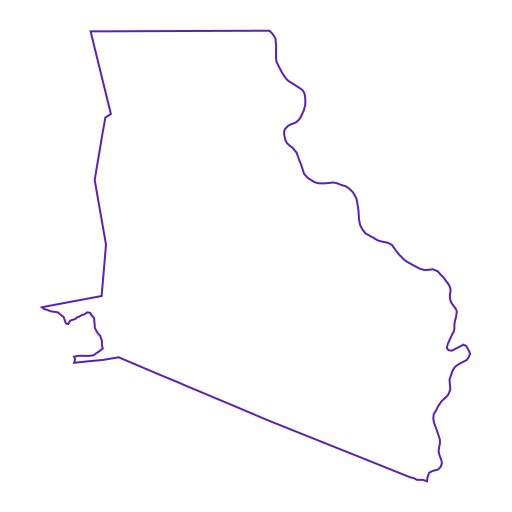 outline of São Francisco do Maranhão, Maranhão, Brazil
{"feature_id": "56859067B13604855436090", "entity_name": "São Francisco do Maranhão", "entity_type": "district", "adm_level": 2, "iso_a3": "BRA", "parent_name": "Brazil", "parent_adm1": "Maranhão", "projection": "mercator", "projection_center": [-43.076, -6.208], "detail": "fine", "context": "isolated", "style": "outline", "palette": "violet", "viewbox_px": 512, "rotation_deg": 0, "n_neighbors": 0, "source": "geoboundaries", "source_scale": "gbopen_adm2", "svg_char_len": 2497}
<svg xmlns="http://www.w3.org/2000/svg" viewBox="0 0 512 512"><path d="M427.0,481.3L427.5,477.4L429.2,472.7L432.7,470.9L438.0,469.6L440.6,466.9L441.9,463.5L441.5,460.6L439.2,454.3L438.6,451.2L439.3,446.0L440.0,443.0L439.8,439.2L437.1,431.1L435.5,426.7L434.1,423.1L433.3,418.6L433.8,414.1L436.4,409.8L437.9,406.6L441.3,401.5L447.3,395.9L448.9,393.3L450.3,389.1L449.5,379.6L452.8,370.1L455.0,367.0L456.9,365.4L460.1,363.4L466.6,360.1L468.5,357.5L470.1,353.8L468.8,350.6L466.2,346.0L463.5,344.7L451.8,350.7L448.5,350.2L446.8,348.1L447.8,343.9L452.2,334.3L453.7,331.8L454.4,328.9L454.4,324.7L454.9,321.2L456.1,316.8L456.8,311.6L456.1,309.3L451.3,302.7L450.3,300.1L449.8,296.0L450.6,289.9L450.0,287.3L448.9,284.9L445.4,280.1L443.1,276.9L441.0,275.1L439.5,273.3L437.7,271.3L433.0,269.3L425.2,270.1L422.4,269.5L419.1,268.4L407.5,262.1L404.4,259.9L399.4,254.9L397.3,252.3L394.6,248.8L392.1,245.1L388.0,242.8L382.0,241.6L378.0,240.5L365.4,233.3L362.7,229.9L360.2,225.2L359.0,219.5L358.4,209.8L357.3,203.0L356.4,198.5L355.2,196.1L352.9,192.3L351.2,190.5L349.1,188.5L345.6,186.2L341.3,185.0L337.2,183.3L333.2,182.5L325.7,183.3L319.2,183.3L316.0,182.7L313.2,181.4L307.9,178.0L304.1,173.9L300.7,163.4L299.0,159.6L296.6,152.6L292.4,147.6L290.3,146.2L287.0,143.2L285.3,139.9L284.1,134.1L284.1,131.8L285.0,129.0L288.1,125.8L290.6,124.5L296.0,122.4L299.4,119.2L301.4,115.7L303.9,110.2L305.3,104.4L305.3,99.2L304.9,95.5L304.3,93.1L302.6,90.2L299.1,87.7L291.7,83.0L288.3,80.9L286.3,78.9L282.6,73.7L280.2,69.2L276.6,62.0L276.0,58.0L276.1,45.9L275.5,38.6L272.6,33.9L269.4,30.7L183.8,31.0L112.5,31.3L95.3,31.3L90.6,31.3L93.3,42.4L110.9,114.0L105.3,117.6L104.4,123.3L102.9,131.1L94.7,179.9L96.3,189.2L106.0,244.6L104.7,259.8L104.4,263.7L101.6,296.0L48.2,306.0L41.9,307.3L44.3,309.1L47.6,310.0L50.5,311.2L53.3,311.7L56.1,312.0L58.2,312.6L60.4,314.5L63.7,317.1L64.7,320.0L65.8,323.3L68.2,324.1L70.0,320.8L72.5,319.8L75.3,319.0L77.0,317.3L79.2,316.7L81.5,315.2L84.7,314.2L87.1,312.4L90.2,312.8L91.4,315.2L94.1,318.0L94.3,321.2L94.6,323.9L94.8,327.8L96.6,331.3L98.3,333.9L100.2,335.7L100.9,338.1L101.9,340.6L101.9,342.8L101.9,345.4L102.8,348.5L98.7,351.7L96.3,353.2L93.5,355.3L91.1,355.6L88.9,355.9L81.1,355.8L78.1,355.8L74.1,356.7L75.1,359.3L74.1,362.8L88.2,361.3L103.1,359.9L115.0,357.9L118.7,357.3L160.3,375.0L178.0,382.3L183.5,384.7L187.4,386.4L241.6,409.1L244.3,410.3L266.9,419.9L304.8,435.1L369.6,461.0L410.2,477.3L414.1,478.2L416.8,479.8L423.1,479.9L427.0,481.3Z" fill="none" stroke="#5b21b6" stroke-width="2"/></svg>